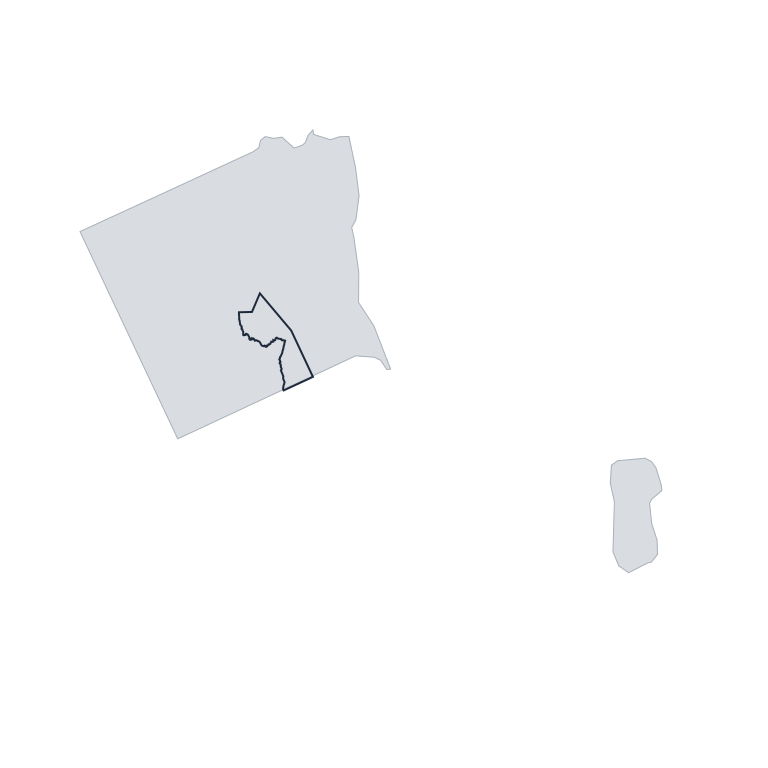 Nkimi, Centro Sur, Equatorial Guinea shown in context, rotated 155°
{"feature_id": "11065452B74289865102960", "entity_name": "Nkimi", "entity_type": "district", "adm_level": 2, "iso_a3": "GNQ", "parent_name": "Equatorial Guinea", "parent_adm1": "Centro Sur", "projection": "equal_earth", "projection_center": [10.486, 1.923], "detail": "medium", "context": "in_parent", "style": "outline", "palette": "slate", "viewbox_px": 768, "rotation_deg": 155, "n_neighbors": 0, "source": "geoboundaries", "source_scale": "gbopen_adm2", "svg_char_len": 2809}
<svg xmlns="http://www.w3.org/2000/svg" viewBox="0 0 768 768"><g transform="rotate(155 384 384)"><path d="M594.1,421.5L594.3,467.0L594.5,505.4L594.7,546.9L594.9,590.2L595.0,626.9L595.1,650.6L565.3,650.5L525.8,650.3L486.2,650.1L446.6,650.0L426.7,649.9L404.8,649.8L397.7,651.0L392.9,657.0L387.1,658.4L380.3,653.3L372.1,650.8L369.9,645.5L365.8,635.9L357.6,634.9L353.5,635.9L347.7,641.4L341.1,644.3L342.3,639.9L329.3,628.0L319.9,626.9L311.2,623.2L318.3,592.4L327.0,565.2L340.1,544.6L347.1,539.6L349.4,529.4L359.7,495.8L372.6,468.6L368.6,441.0L371.7,394.7L375.4,396.0L376.0,400.3L376.9,406.8L381.8,412.5L397.8,421.5L445.4,421.5L473.8,421.5L515.8,421.5L560.3,421.5L594.1,421.5ZM216.8,109.6L220.4,110.4L242.1,109.6L248.1,120.0L247.4,135.2L225.0,179.8L220.8,198.5L212.1,214.4L204.6,215.7L178.8,206.4L174.4,200.7L172.9,193.1L175.4,175.3L177.3,169.9L189.7,166.6L193.7,163.7L200.3,144.6L202.5,127.1L208.1,114.0L216.8,109.6Z" fill="#d9dde1" stroke="#a8b0b8" stroke-width="1"/><path d="M476.8,469.1L476.4,469.3L476.0,469.3L475.7,468.8L475.6,468.0L475.5,467.7L475.2,467.5L474.8,467.6L474.7,468.1L474.5,468.4L474.4,468.4L474.1,467.9L473.9,468.0L473.7,467.7L472.5,468.4L472.1,468.2L471.8,468.7L470.1,468.4L469.2,469.3L468.6,469.6L468.3,470.0L467.4,469.4L466.5,469.2L465.8,470.6L465.3,470.0L464.7,469.7L464.2,469.7L463.9,470.1L463.6,470.2L463.1,471.1L461.9,471.4L461.4,471.1L461.2,470.5L461.0,470.1L458.0,468.0L458.0,467.8L458.2,467.1L457.9,466.7L457.3,466.3L456.7,466.2L455.3,465.1L455.9,464.3L456.7,463.5L457.8,461.8L459.0,460.6L460.3,458.6L461.4,457.5L463.3,455.0L465.8,452.9L466.3,452.5L466.8,452.4L467.6,451.1L468.5,450.7L468.5,449.9L468.3,449.3L468.6,448.7L468.5,447.9L468.5,447.7L469.5,447.4L469.7,447.2L469.8,446.3L469.4,445.6L469.6,445.2L469.6,444.4L470.3,443.4L470.3,442.0L470.4,440.9L470.6,440.6L470.8,440.4L471.7,440.0L472.0,433.4L472.8,432.4L473.2,430.9L473.3,427.8L473.9,426.9L475.8,424.9L477.0,423.2L477.7,421.7L477.7,420.6L445.4,420.5L445.5,471.7L458.2,518.6L473.2,505.1L485.1,510.3L485.8,509.0L486.9,505.9L487.4,504.8L487.8,504.4L487.7,504.1L488.1,503.2L488.1,502.1L488.4,501.7L488.9,499.6L489.3,498.6L488.7,496.5L488.8,495.7L489.4,495.2L489.8,494.2L489.7,493.9L489.3,493.5L489.3,493.3L489.6,492.5L489.5,491.2L489.7,490.2L490.3,489.2L490.4,488.7L490.9,488.0L490.8,487.7L490.3,487.3L489.7,487.3L489.3,487.1L489.0,487.2L488.5,487.0L487.9,487.8L487.7,487.8L486.8,486.7L486.4,486.0L486.5,485.3L486.3,483.7L486.3,483.1L486.6,482.4L486.8,482.3L486.9,482.1L487.0,481.7L486.8,480.8L486.0,480.3L485.6,480.5L485.1,481.1L484.7,481.3L484.4,480.4L483.6,480.8L483.1,480.5L482.9,480.2L483.0,479.3L482.7,478.6L482.7,478.1L482.3,478.2L482.1,477.7L481.1,477.5L480.7,477.1L480.4,476.4L480.0,476.2L479.4,475.6L478.8,474.0L478.7,471.3L478.5,470.5L477.5,469.4L476.8,469.1Z" fill="none" stroke="#1e293b" stroke-width="2"/></g></svg>